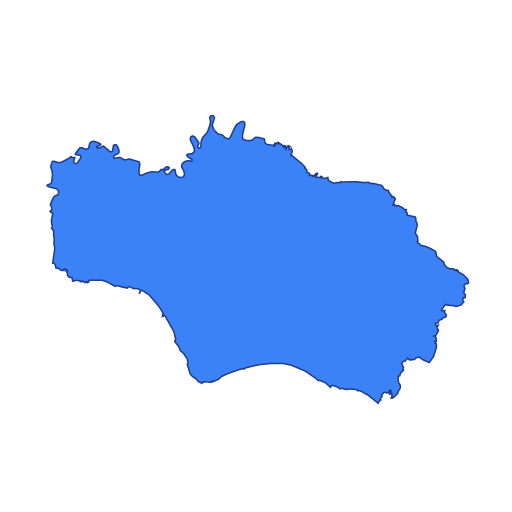 the district of Tuban, Jawa Timur, Indonesia, rotated 185°
{"feature_id": "22746128B21203406788524", "entity_name": "Tuban", "entity_type": "district", "adm_level": 2, "iso_a3": "IDN", "parent_name": "Indonesia", "parent_adm1": "Jawa Timur", "projection": "albers", "projection_center": [111.881, -6.959], "detail": "fine", "context": "isolated", "style": "filled", "palette": "blue", "viewbox_px": 512, "rotation_deg": 185, "n_neighbors": 0, "source": "geoboundaries", "source_scale": "gbopen_adm2", "svg_char_len": 6085}
<svg xmlns="http://www.w3.org/2000/svg" viewBox="0 0 512 512"><g transform="rotate(185 256 256)"><path d="M75.9,271.2L77.4,276.1L82.5,278.6L88.0,280.4L92.2,280.8L95.0,282.9L96.0,283.1L96.6,284.5L96.0,284.9L96.9,289.7L99.3,292.4L98.1,300.3L98.6,303.1L99.7,304.5L100.1,307.6L101.0,308.9L108.7,309.8L109.5,312.6L110.6,313.0L110.2,316.0L110.6,315.3L112.0,315.1L114.3,317.0L118.8,318.6L121.5,318.0L122.2,319.3L124.0,318.9L123.4,319.7L123.2,322.4L122.1,325.0L123.9,326.9L125.6,326.4L125.6,327.4L126.8,327.9L127.1,329.0L129.3,331.2L129.8,332.9L131.3,332.7L134.1,333.8L136.7,337.2L145.2,338.5L148.2,338.2L149.5,339.0L151.4,339.2L153.8,338.6L162.9,338.7L176.8,337.2L178.2,337.5L179.0,336.3L181.7,336.3L183.6,335.5L185.8,335.6L190.5,337.6L191.3,340.5L194.0,339.3L197.8,339.6L197.2,340.6L198.0,341.0L198.7,340.9L198.7,339.8L203.0,339.7L202.9,341.2L201.8,343.3L202.3,343.9L203.6,343.2L204.9,340.5L205.3,341.1L205.9,340.3L206.3,341.0L206.6,340.6L207.8,341.2L209.7,340.8L209.4,341.8L210.1,343.0L212.6,344.1L213.0,346.4L215.2,347.7L214.8,348.7L218.3,351.9L228.7,359.0L229.9,358.9L229.0,363.6L230.1,366.2L231.0,364.9L232.3,365.0L232.6,366.9L231.8,367.7L233.1,367.7L233.2,368.5L232.4,369.1L234.4,368.2L235.4,365.2L236.6,368.3L237.8,368.2L236.7,366.9L237.5,366.6L239.7,368.9L243.4,370.9L243.4,369.8L244.9,370.7L245.3,369.9L246.7,370.0L246.4,369.4L247.2,369.5L247.5,368.7L246.8,368.0L247.2,366.9L248.4,367.8L254.5,368.0L256.7,369.1L258.0,373.4L263.3,374.3L266.6,374.3L270.3,371.0L272.8,370.3L276.7,370.4L279.2,371.3L279.9,373.5L279.9,376.8L278.5,385.1L278.9,388.1L280.7,389.0L283.0,388.3L286.6,385.4L287.9,383.4L292.3,371.1L293.0,370.5L294.7,370.4L297.3,371.4L300.2,373.7L304.4,374.2L309.0,378.0L311.0,382.6L309.4,390.0L310.9,392.1L313.5,391.5L314.2,389.8L312.9,385.5L313.6,381.5L315.3,374.8L319.1,370.0L320.2,367.4L320.7,364.3L320.4,360.0L320.9,359.0L322.3,358.5L323.4,359.4L323.7,360.7L322.7,362.6L322.8,363.9L327.5,369.4L329.5,370.1L331.2,369.2L331.7,367.0L331.4,365.7L328.0,360.0L326.6,356.7L326.6,354.6L328.4,352.5L333.1,351.5L333.8,350.3L332.5,348.7L328.2,346.6L328.0,345.2L329.2,344.6L330.9,345.3L334.4,344.3L336.7,342.7L337.7,341.1L337.9,338.3L335.3,334.4L334.4,331.3L334.9,328.9L336.6,327.8L339.6,327.7L341.4,328.7L343.1,330.6L344.1,334.7L345.1,335.2L347.2,334.0L350.0,330.0L351.4,329.5L352.9,329.9L355.1,332.6L354.3,333.4L350.5,334.8L350.2,336.4L351.6,337.3L353.6,336.6L356.1,333.9L358.0,334.0L360.4,331.0L367.0,330.9L371.8,329.3L376.4,326.7L378.5,326.3L379.7,328.0L380.1,333.2L379.6,337.0L380.6,339.6L390.6,341.6L395.1,340.2L400.2,342.4L405.5,341.0L406.4,341.5L406.4,342.6L405.6,344.1L402.3,345.9L401.6,346.9L401.6,348.9L402.7,351.7L404.8,354.6L406.5,354.5L407.7,353.7L408.0,348.3L408.9,347.3L410.2,347.0L417.5,352.3L421.3,350.0L423.9,349.9L424.1,351.3L420.9,352.6L420.3,353.8L423.0,355.1L428.1,356.2L430.1,355.4L431.5,353.7L432.1,349.3L432.7,348.2L435.1,347.5L439.0,348.8L441.0,348.3L444.9,342.1L444.7,341.4L439.9,340.9L439.3,340.2L439.2,338.5L442.2,332.7L444.8,332.4L445.9,333.5L445.1,338.3L448.0,338.1L449.1,338.9L450.8,337.1L458.2,332.3L461.2,331.8L465.6,332.8L467.1,332.5L468.2,328.4L468.1,326.2L466.4,322.4L465.8,319.2L466.1,311.4L467.1,309.9L470.2,308.5L470.2,307.6L467.4,306.6L460.6,305.6L458.9,304.3L458.0,302.5L458.5,300.1L462.2,297.8L463.2,296.0L465.4,289.3L463.6,286.1L463.4,284.1L465.1,282.7L464.2,281.6L462.2,280.9L462.9,273.5L462.2,269.6L461.7,269.2L461.6,266.7L462.1,265.7L460.2,264.0L459.5,261.6L459.6,259.7L458.5,255.5L458.4,250.7L457.1,246.2L457.9,231.2L456.7,231.2L455.2,229.9L454.4,226.7L451.4,226.3L448.9,224.7L446.9,224.7L446.4,225.9L445.2,226.7L444.5,226.1L444.8,224.8L442.9,225.5L442.5,224.6L443.2,223.7L442.4,222.4L442.0,220.1L439.9,218.3L437.4,218.5L436.5,215.0L435.3,215.0L434.0,216.0L431.0,216.1L429.4,216.0L429.0,215.2L427.9,215.6L428.1,214.6L427.6,215.3L425.4,215.6L424.7,214.7L422.9,214.9L422.6,215.5L421.5,214.8L421.2,215.5L420.4,215.4L420.2,217.0L418.8,217.5L407.0,218.4L401.6,217.0L393.5,213.4L392.1,214.4L384.3,213.0L383.2,213.3L381.9,212.7L381.2,212.9L380.6,214.0L378.9,214.4L375.5,212.9L370.7,213.1L367.9,211.8L369.1,208.0L367.5,211.8L365.5,211.4L359.0,207.9L348.2,197.2L343.2,190.5L344.5,189.3L343.8,189.5L343.8,188.9L343.2,188.6L343.7,187.8L341.6,188.7L331.2,173.5L328.7,165.8L329.6,164.2L329.0,163.1L325.2,159.2L323.0,155.0L319.8,152.7L315.6,147.6L314.4,143.7L315.1,142.4L311.3,132.8L308.8,130.4L304.8,128.3L302.9,126.1L298.7,124.4L298.4,125.8L296.7,125.7L296.0,126.4L290.4,126.2L289.3,126.4L288.5,127.7L287.9,127.0L282.6,129.9L279.9,132.9L274.6,136.0L262.0,141.8L259.2,142.5L258.0,142.3L257.1,143.4L249.3,146.2L242.1,148.3L231.6,150.3L219.4,151.3L211.4,150.3L197.0,145.7L185.8,139.4L183.2,137.4L181.1,137.5L175.9,135.8L170.4,131.7L169.7,133.2L168.0,133.8L163.2,132.4L160.6,130.9L159.0,131.7L154.4,130.8L151.6,131.6L146.9,131.8L144.3,131.6L142.8,130.5L142.2,131.1L138.9,130.2L133.8,127.7L133.5,128.0L121.5,119.9L119.7,123.8L119.2,123.6L119.5,124.9L118.3,127.0L118.7,128.0L116.9,131.0L115.1,131.6L113.8,130.9L112.3,131.2L111.0,134.0L109.6,133.4L111.0,130.2L110.6,129.9L109.4,131.2L108.7,131.1L108.6,129.3L108.1,129.1L108.9,126.1L107.3,126.5L104.9,128.8L103.8,130.8L102.9,131.2L102.4,133.8L101.2,135.8L100.8,137.6L100.9,139.6L102.9,142.4L103.7,144.8L103.7,148.7L102.3,149.1L101.8,152.0L99.0,155.1L99.8,156.0L99.4,158.1L101.6,161.6L99.7,164.2L98.3,164.3L96.0,167.4L93.7,165.7L93.0,166.3L92.3,166.0L89.1,166.8L87.7,168.4L84.9,169.6L80.5,167.1L74.1,164.9L70.3,171.5L68.3,180.8L68.5,183.2L69.1,184.7L69.9,184.6L70.2,186.6L68.9,186.7L69.6,190.6L70.3,191.5L71.7,191.8L69.7,192.9L67.7,197.6L69.5,200.5L68.5,203.0L70.2,202.1L71.4,203.4L71.3,204.8L68.9,205.1L67.8,208.2L66.0,208.7L64.7,209.8L64.6,210.6L61.5,211.9L61.2,213.8L63.3,216.2L63.1,218.2L66.3,217.6L66.6,218.3L63.0,224.4L61.4,223.7L54.4,223.7L52.3,223.1L47.3,225.2L45.0,228.6L46.2,229.8L45.9,232.4L43.9,232.7L44.0,235.6L45.9,237.5L45.0,241.8L46.3,244.5L44.6,246.8L43.1,246.7L41.8,247.7L43.1,251.5L48.2,255.6L52.7,257.6L53.2,258.8L54.7,259.7L55.3,259.7L55.0,258.8L57.3,259.3L57.7,260.4L62.0,260.2L64.8,261.2L67.7,264.1L68.5,266.4L75.9,271.2Z" fill="#3b82f6" stroke="#1e3a8a" stroke-width="1.5"/></g></svg>